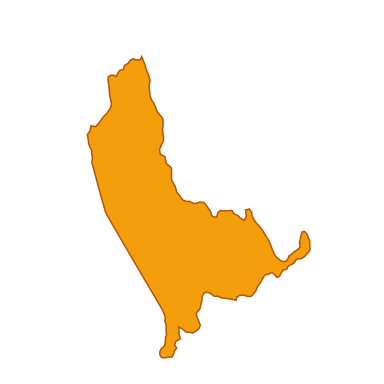 Santa Cruz da Vitória, Bahia, Brazil (Natural Earth projection), rotated 338°
{"feature_id": "56859067B68810500178661", "entity_name": "Santa Cruz da Vitória", "entity_type": "district", "adm_level": 2, "iso_a3": "BRA", "parent_name": "Brazil", "parent_adm1": "Bahia", "projection": "natural_earth1", "projection_center": [-39.793, -14.879], "detail": "fine", "context": "isolated", "style": "filled", "palette": "amber", "viewbox_px": 384, "rotation_deg": 338, "n_neighbors": 0, "source": "geoboundaries", "source_scale": "gbopen_adm2", "svg_char_len": 2735}
<svg xmlns="http://www.w3.org/2000/svg" viewBox="0 0 384 384"><g transform="rotate(338 192 192)"><path d="M101.8,334.1L104.7,335.6L108.6,336.3L111.6,337.6L114.1,335.6L115.8,333.1L119.3,331.1L118.7,327.1L121.0,324.5L126.2,323.8L126.7,319.4L128.0,315.7L129.2,312.3L132.1,315.8L133.9,319.6L136.5,320.9L140.0,323.0L143.7,322.5L147.2,321.3L149.7,318.8L149.9,313.7L149.6,309.2L150.9,305.7L155.4,303.5L158.1,299.6L160.4,296.7L161.8,293.4L164.9,290.4L168.0,290.3L171.0,292.8L173.7,297.2L177.2,298.3L179.5,301.2L182.7,302.7L186.3,304.9L190.0,307.2L192.4,308.9L194.2,306.2L197.6,305.7L201.3,306.9L204.5,309.7L207.7,311.0L210.6,309.5L214.1,307.7L216.6,304.9L219.4,303.0L222.1,301.2L225.8,298.2L228.6,296.2L231.6,296.9L236.0,296.4L237.9,300.2L238.7,303.1L241.7,302.9L244.0,300.7L247.7,298.5L250.8,299.1L253.8,296.6L257.0,296.5L260.3,295.8L263.7,293.4L268.5,294.7L272.1,294.1L274.5,292.8L277.6,291.5L279.9,289.6L281.2,285.7L282.8,281.6L282.8,277.8L282.8,273.6L281.6,270.8L279.1,270.3L275.5,275.0L272.7,279.1L271.6,283.6L268.0,285.1L264.1,285.7L261.1,287.1L258.0,287.6L256.1,289.7L253.6,291.4L250.7,290.9L248.5,288.9L245.9,284.2L245.1,280.6L244.9,276.5L245.1,271.8L245.1,266.0L244.4,262.5L243.8,258.7L243.0,254.1L241.5,248.7L240.0,244.9L239.1,241.4L238.9,236.1L239.7,232.8L238.7,229.1L234.8,228.8L233.4,234.8L229.8,237.9L227.0,234.2L225.5,230.7L222.8,228.0L222.1,224.0L219.4,223.3L216.2,221.9L213.5,221.1L211.2,219.7L208.3,220.8L205.6,224.3L203.0,223.5L201.2,220.8L202.0,217.7L201.3,214.4L200.3,210.0L199.1,206.2L196.0,204.4L192.4,204.1L189.6,203.5L186.1,199.7L183.2,198.6L180.6,196.2L179.5,191.9L177.9,186.6L178.5,180.1L177.5,173.7L178.9,169.4L180.8,165.4L181.9,162.0L180.5,158.9L178.9,156.2L179.4,152.9L180.2,149.1L176.7,145.2L177.9,140.3L181.7,136.6L184.6,134.0L186.5,129.8L187.0,126.2L188.3,122.7L190.6,118.4L192.4,113.4L191.3,109.1L189.8,104.4L190.0,100.3L189.8,95.1L189.0,91.7L189.1,87.0L190.2,83.8L190.8,80.9L192.4,76.7L194.8,73.2L195.5,68.6L195.5,65.1L195.4,61.4L196.0,56.8L196.1,50.9L196.0,47.6L193.5,50.1L189.6,48.5L187.3,46.4L184.0,46.8L180.8,48.8L177.0,49.3L174.1,52.8L171.0,52.1L168.3,53.6L165.3,56.5L161.8,53.6L157.7,53.6L155.7,58.0L154.1,64.8L152.3,70.1L151.2,75.8L150.3,80.5L147.6,83.8L142.9,87.0L139.1,88.6L136.0,90.3L132.8,92.3L130.5,93.8L127.0,95.2L123.1,92.8L120.5,97.0L116.3,99.8L115.6,104.0L114.3,108.4L114.2,112.7L114.6,116.0L113.3,119.2L112.6,122.9L110.2,127.0L108.9,138.3L107.0,153.6L104.3,177.8L104.6,182.0L105.5,188.5L109.9,219.2L111.1,227.3L115.5,257.2L116.2,261.4L116.6,265.0L117.2,268.3L118.9,280.0L120.5,290.6L120.4,298.2L118.5,301.4L118.2,305.7L116.2,310.5L114.8,315.0L112.8,317.1L111.5,320.1L109.0,324.3L104.7,325.8L102.2,328.2L101.2,331.1L101.8,334.1Z" fill="#f59e0b" stroke="#b45309" stroke-width="1.5"/></g></svg>